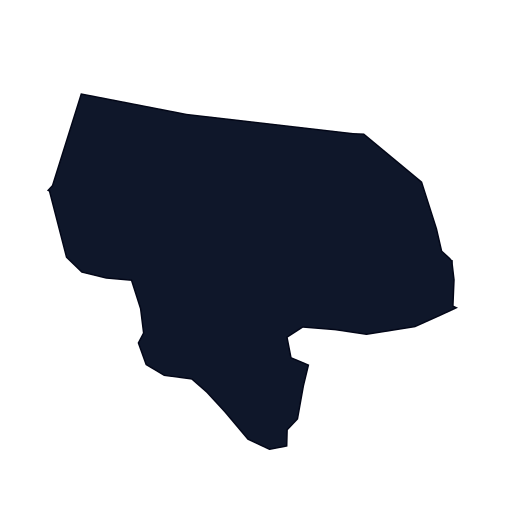 Hjo, Västra Götaland, Sweden, rotated 259°
{"feature_id": "70781695B53745153341539", "entity_name": "Hjo", "entity_type": "district", "adm_level": 2, "iso_a3": "SWE", "parent_name": "Sweden", "parent_adm1": "Västra Götaland", "projection": "mercator", "projection_center": [14.228, 58.294], "detail": "fine", "context": "isolated", "style": "filled", "palette": "ink", "viewbox_px": 512, "rotation_deg": 259, "n_neighbors": 0, "source": "geoboundaries", "source_scale": "gbopen_adm2", "svg_char_len": 736}
<svg xmlns="http://www.w3.org/2000/svg" viewBox="0 0 512 512"><g transform="rotate(259 256 256)"><path d="M296.0,432.7L296.9,432.6L355.0,385.0L357.6,374.1L408.1,214.9L448.3,115.4L363.9,69.7L360.1,64.5L359.2,65.7L291.0,69.8L287.7,72.1L273.5,82.0L263.0,104.8L256.0,129.2L226.3,132.7L201.8,131.0L193.1,124.0L180.1,126.0L170.4,127.5L156.4,143.2L147.6,169.5L131.9,181.7L109.2,195.7L77.7,213.2L63.7,232.4L63.7,249.9L79.5,253.4L88.2,265.6L119.7,277.8L138.9,286.6L149.4,270.9L170.4,270.9L177.4,288.3L168.6,319.8L158.1,349.5L156.4,398.5L163.4,428.2L167.0,442.7L169.2,439.7L194.8,445.8L210.7,447.0L213.1,447.4L213.8,447.5L213.8,447.1L216.7,445.5L225.3,439.1L248.2,438.3L296.0,432.7Z" fill="#0f172a" stroke="#020617" stroke-width="1.5"/></g></svg>